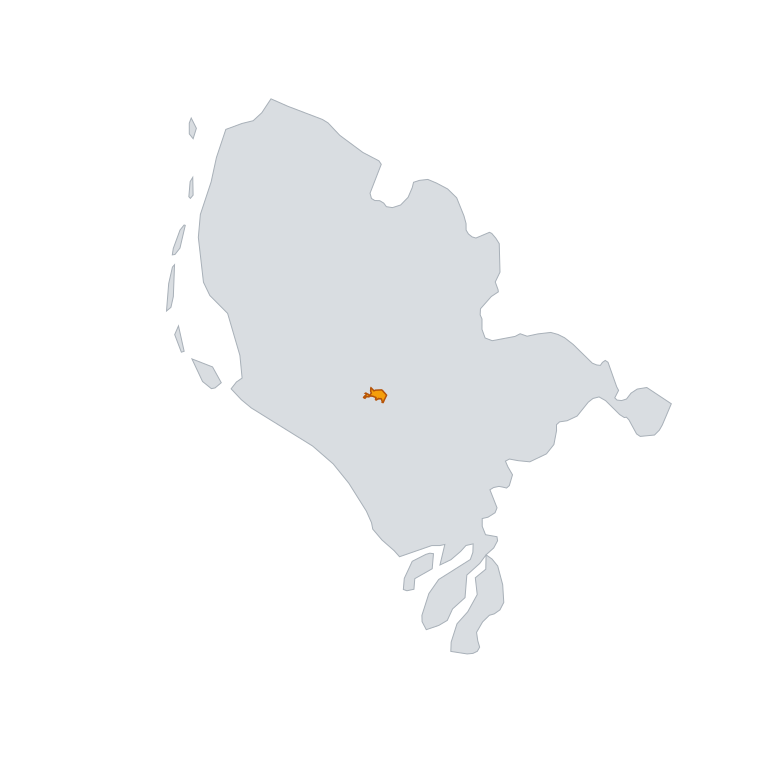 location of Hilversum, Noord-Holland, Netherlands, rotated 291°
{"feature_id": "6326949B10155979142139", "entity_name": "Hilversum", "entity_type": "district", "adm_level": 2, "iso_a3": "NLD", "parent_name": "Netherlands", "parent_adm1": "Noord-Holland", "projection": "mercator", "projection_center": [5.144, 52.232], "detail": "fine", "context": "in_parent", "style": "filled", "palette": "amber", "viewbox_px": 768, "rotation_deg": 291, "n_neighbors": 0, "source": "geoboundaries", "source_scale": "gbopen_adm2", "svg_char_len": 5401}
<svg xmlns="http://www.w3.org/2000/svg" viewBox="0 0 768 768"><g transform="rotate(291 384 384)"><path d="M468.5,659.3L456.6,658.9L445.5,658.5L439.6,657.6L433.3,654.8L430.4,649.0L426.9,642.0L427.9,637.7L438.3,625.5L439.9,622.2L438.8,620.4L439.9,615.0L447.9,596.8L449.0,589.4L445.4,584.3L440.2,581.2L423.3,575.8L415.3,568.1L411.6,561.5L407.8,559.6L402.3,561.8L388.4,564.3L377.0,560.7L363.6,548.0L360.5,536.7L358.9,528.0L355.5,525.0L351.0,529.4L345.3,536.5L334.0,537.4L330.8,535.7L330.3,531.8L329.6,528.0L326.6,523.4L323.2,520.8L308.9,533.9L303.6,533.8L296.9,528.8L293.6,523.9L286.3,526.7L279.7,532.8L281.9,544.2L278.4,546.2L270.3,545.2L261.1,540.5L250.8,537.7L235.3,529.8L213.6,536.2L198.6,528.6L186.0,527.8L178.3,521.7L169.8,511.5L175.8,504.7L181.6,502.3L204.5,501.0L221.1,505.1L251.1,527.5L258.7,527.3L266.7,524.5L262.6,518.4L255.1,515.5L244.0,509.5L235.1,501.1L256.0,498.3L253.1,493.9L250.3,486.5L228.3,460.4L232.0,453.3L237.6,438.1L244.5,425.5L250.0,422.1L259.0,413.1L278.7,386.8L291.2,365.2L300.5,339.6L314.1,268.6L318.2,256.5L324.7,243.0L333.0,245.5L338.7,249.4L359.1,239.2L393.9,212.7L404.2,189.7L414.3,179.0L454.4,158.1L476.5,151.8L510.7,150.2L535.4,146.4L565.0,145.1L576.3,158.0L582.9,167.5L593.4,172.7L609.7,176.3L608.8,195.0L608.9,231.7L607.7,238.2L600.3,253.6L592.6,281.2L590.5,299.3L588.1,302.7L557.1,302.6L552.7,305.8L552.0,309.7L553.6,314.3L552.8,318.9L550.4,322.7L551.7,328.7L557.1,335.4L566.9,339.6L577.5,340.0L582.9,339.3L586.8,344.1L590.7,351.6L590.4,360.9L588.9,373.5L583.9,385.1L569.6,398.4L563.2,403.1L557.1,405.5L554.3,409.1L552.9,413.5L553.2,417.5L563.4,428.1L563.2,430.6L560.2,436.1L556.3,441.3L530.0,452.2L519.1,451.3L512.9,456.7L511.0,457.7L504.1,452.8L488.8,447.1L483.0,449.0L479.8,452.2L470.1,455.9L463.2,461.9L463.2,469.5L475.4,489.3L479.7,493.1L479.9,500.5L485.9,509.7L491.9,521.2L492.6,528.6L491.9,536.0L488.7,546.5L478.1,571.0L478.0,575.7L478.9,579.3L482.5,580.2L485.3,582.1L484.5,585.4L464.7,602.3L462.1,605.3L453.8,604.4L452.5,607.3L453.7,611.8L456.9,615.8L464.0,617.9L470.0,622.2L474.9,630.6L468.5,659.3ZM261.1,540.5L259.3,547.6L254.8,555.4L239.2,566.7L223.0,574.1L214.7,573.2L208.9,569.3L205.8,565.2L197.2,561.3L185.3,559.4L177.8,563.6L172.6,567.6L167.9,566.9L164.4,563.6L161.8,558.4L158.3,542.2L167.1,539.2L186.3,538.1L201.3,543.8L220.8,546.5L235.8,538.7L247.6,545.4L261.1,540.5ZM228.6,473.9L240.0,484.2L242.5,487.5L243.3,491.0L228.8,495.2L213.3,482.5L203.1,485.5L199.2,479.5L199.1,475.7L209.8,472.6L228.6,473.9ZM338.5,217.8L326.9,231.6L319.8,227.7L317.8,224.5L321.3,213.7L338.6,195.7L338.5,217.8ZM390.1,156.0L379.2,157.6L374.2,154.8L400.6,147.0L417.3,144.6L420.3,145.7L390.1,156.0ZM460.9,141.6L437.8,144.8L430.0,142.4L428.7,140.1L435.0,138.7L454.7,138.4L460.8,140.4L460.9,141.6ZM364.6,171.3L342.9,185.7L341.1,183.4L355.1,170.9L364.6,171.3ZM555.5,117.2L544.6,117.9L547.7,112.6L557.8,108.7L563.2,108.7L555.5,117.2ZM508.4,131.4L491.9,138.1L487.9,136.7L488.9,134.7L503.4,130.5L508.4,131.4Z" fill="#d9dde1" stroke="#a8b0b8" stroke-width="1"/><path d="M377.6,383.8L376.3,380.8L375.9,379.9L375.2,378.3L374.0,377.0L374.7,375.7L375.4,374.2L375.8,373.3L375.7,373.3L375.5,373.1L373.8,373.7L373.6,373.8L373.4,373.9L373.1,373.9L372.9,373.9L372.8,374.0L372.3,374.3L370.9,375.5L370.5,375.3L368.5,374.8L368.5,374.7L368.3,374.7L368.0,374.7L368.0,374.4L368.0,374.2L368.1,373.9L368.3,373.7L368.5,373.4L368.6,373.0L368.8,372.8L368.8,372.7L368.8,372.2L368.7,372.0L368.8,372.0L368.8,371.9L368.6,371.8L368.5,371.7L368.5,371.3L368.7,370.9L368.8,370.9L369.1,370.5L369.1,370.4L369.0,370.2L368.9,370.1L368.6,369.9L368.6,370.1L368.5,370.3L368.4,370.5L368.2,370.7L368.2,370.8L368.0,371.0L367.9,371.1L367.7,371.2L367.4,371.1L367.2,371.1L366.9,371.1L366.7,371.1L366.5,370.9L366.4,370.9L366.4,370.7L366.2,370.5L366.0,370.4L365.9,370.4L365.7,370.3L365.4,370.3L365.2,370.2L364.9,370.1L364.8,369.9L364.7,369.9L364.4,369.8L364.2,369.8L364.2,370.0L364.1,370.3L363.9,370.4L363.9,370.5L363.9,370.8L363.9,371.0L363.9,371.3L364.0,371.3L364.3,371.5L364.5,371.6L364.9,371.8L365.9,372.0L366.0,372.3L366.0,372.5L366.1,372.8L366.2,373.0L366.3,373.2L366.3,373.3L366.3,373.5L366.5,374.1L366.6,374.5L366.8,374.7L367.4,374.7L367.9,374.7L367.9,375.4L367.9,375.5L367.9,375.8L368.3,375.8L368.3,376.5L368.3,377.3L368.5,377.7L368.6,377.8L368.6,378.0L368.6,378.3L368.6,378.5L368.5,378.8L368.5,379.2L368.5,380.4L368.5,381.3L368.3,381.4L368.1,381.4L367.3,381.5L367.1,381.5L366.9,381.5L366.9,381.9L367.1,381.9L367.1,382.0L366.9,382.0L366.4,382.1L366.2,382.2L366.2,382.3L366.3,382.4L366.3,382.5L366.5,382.7L366.6,382.8L366.8,382.8L367.0,382.9L367.0,383.0L367.5,383.4L367.6,383.5L367.8,383.6L367.9,383.8L368.0,384.0L368.2,384.3L368.2,384.5L368.3,384.6L368.5,384.6L368.4,384.8L368.6,385.2L368.7,385.3L368.8,385.6L368.9,385.8L368.9,386.0L369.0,386.0L369.0,386.3L369.0,386.5L368.9,386.7L368.9,386.8L368.8,387.0L368.6,387.3L368.4,387.4L368.5,387.4L368.3,387.6L368.1,387.7L368.1,387.8L367.9,387.9L367.8,388.0L367.6,388.2L367.4,388.3L367.2,388.4L367.0,388.6L366.8,388.7L366.7,388.7L366.3,388.9L366.2,388.9L366.2,389.0L366.3,389.2L366.3,389.3L366.3,389.5L366.4,389.8L366.6,389.8L366.9,389.9L367.1,389.9L367.3,389.9L367.5,389.9L367.8,389.9L368.1,389.9L368.3,390.0L368.5,390.0L368.7,389.9L370.5,390.1L371.5,390.2L371.9,390.2L372.2,390.2L372.7,390.3L374.1,390.4L374.3,390.4L374.5,390.4L376.2,387.2L376.3,386.9L376.7,386.1L377.2,385.3L377.4,385.0L377.3,384.9L377.6,383.8Z" fill="#f59e0b" stroke="#b45309" stroke-width="1.5"/></g></svg>